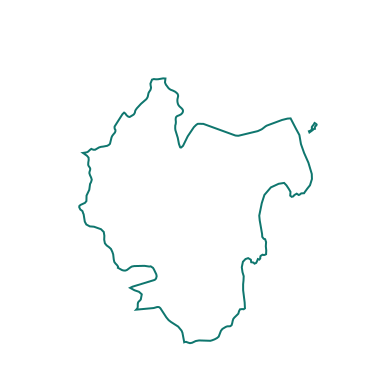 the Department of Piura, rotated 216°
{"feature_id": "PER-567", "entity_name": "Piura", "entity_type": "Department", "adm_level": 1, "iso_a3": "PER", "parent_name": "Peru", "parent_adm1": "", "projection": "mercator", "projection_center": [-80.245, -5.271], "detail": "fine", "context": "isolated", "style": "outline", "palette": "teal", "viewbox_px": 384, "rotation_deg": 216, "n_neighbors": 0, "source": "natural_earth", "source_scale": "10m", "svg_char_len": 3973}
<svg xmlns="http://www.w3.org/2000/svg" viewBox="0 0 384 384"><g transform="rotate(216 192 192)"><path d="M168.0,64.0L167.8,65.9L168.4,67.2L170.1,69.6L170.7,71.0L170.7,72.0L170.3,74.0L170.3,75.0L172.5,79.7L176.2,80.1L180.8,78.7L185.7,78.1L184.5,80.4L170.5,99.0L170.2,100.8L171.1,103.1L172.5,104.4L177.3,107.0L179.0,107.7L180.9,107.6L181.7,107.6L182.7,106.6L187.1,104.3L195.2,98.1L196.9,96.3L197.6,94.6L198.7,90.9L199.6,89.4L200.5,88.7L201.6,88.1L202.8,87.7L207.1,87.2L207.4,87.1L208.0,88.2L209.8,88.8L212.0,89.2L213.8,89.8L215.7,91.5L219.1,95.2L221.2,96.7L224.1,98.3L226.8,98.6L229.6,98.6L232.3,99.3L235.0,101.8L237.2,105.1L239.9,107.8L243.8,108.4L250.9,106.3L254.5,104.1L258.4,103.6L261.3,105.0L266.6,110.3L267.4,110.7L268.9,111.8L269.6,112.2L272.1,112.2L274.3,113.4L274.9,114.4L274.6,116.0L272.2,120.3L272.1,122.6L275.2,127.1L276.4,133.4L279.2,138.6L279.2,138.8L279.5,140.7L280.3,143.0L282.1,144.4L284.3,145.6L286.1,146.9L286.7,147.9L287.4,150.0L287.9,150.9L288.9,151.6L290.9,152.3L291.9,152.9L293.3,155.0L294.4,157.2L295.9,159.0L298.3,159.6L303.2,159.5L300.5,162.2L299.8,163.5L299.3,166.1L298.8,167.7L297.8,167.9L296.5,168.3L295.2,169.3L293.4,173.4L292.2,175.0L290.5,176.6L287.7,179.6L286.9,181.4L286.7,182.8L289.2,188.9L289.5,190.4L289.5,192.1L289.3,194.8L289.7,196.2L290.4,197.2L291.5,197.6L292.4,198.4L293.1,199.5L294.0,214.1L293.6,216.3L292.0,216.3L291.0,215.9L289.9,215.6L288.0,215.5L287.0,215.8L286.5,216.1L285.0,219.6L284.7,220.5L284.7,221.0L284.7,221.5L284.9,222.7L285.6,224.2L285.7,224.8L285.8,225.4L285.8,227.4L285.1,233.4L283.5,240.3L283.6,242.2L283.9,243.3L285.3,246.4L285.5,247.5L285.6,250.1L286.0,251.3L286.4,252.2L286.6,252.5L287.9,253.7L289.3,255.2L290.4,259.4L289.2,261.0L288.2,261.5L287.1,262.2L285.8,263.2L282.1,267.0L280.2,268.2L278.3,264.8L277.4,264.2L276.2,263.5L272.0,262.2L270.6,262.1L269.3,262.2L267.1,262.8L264.8,263.2L263.7,263.2L261.6,263.0L260.4,262.3L259.6,261.5L258.3,258.5L257.6,257.4L256.7,256.3L255.2,255.0L253.9,254.3L252.5,253.9L249.6,253.6L248.0,253.2L247.0,252.4L246.5,251.5L246.3,250.5L246.3,249.9L246.4,249.2L246.6,248.2L247.6,246.3L248.2,245.4L248.7,244.5L248.9,243.4L248.6,242.3L247.8,241.0L246.3,239.3L245.7,238.4L245.1,237.3L244.6,235.9L243.0,233.6L241.8,232.3L235.4,227.5L230.8,223.2L228.0,221.3L227.6,221.2L226.9,221.7L226.4,224.1L228.2,234.5L228.6,245.5L228.1,248.6L227.5,250.4L226.6,251.2L222.8,253.8L190.1,263.2L188.7,264.0L187.4,264.9L174.6,279.9L173.0,282.7L172.3,284.1L171.1,288.3L170.5,289.7L161.5,303.2L157.9,307.5L155.5,309.5L145.3,304.4L138.6,301.2L132.0,294.8L124.3,289.5L115.0,284.1L105.7,277.0L102.6,273.0L100.5,266.8L100.7,262.5L100.7,257.9L100.6,256.9L102.8,255.1L103.4,253.0L103.9,252.3L106.3,252.2L107.4,249.7L107.5,248.0L108.5,246.7L110.4,246.8L112.4,250.0L115.5,251.4L119.5,252.9L122.8,253.5L126.7,249.6L130.9,242.1L131.7,232.2L129.0,224.0L123.7,212.4L120.5,208.8L110.6,199.2L108.8,197.0L106.5,196.3L105.1,196.8L102.6,195.0L100.4,191.5L97.6,188.4L95.5,185.2L96.0,184.2L96.7,183.3L98.1,182.7L98.9,180.6L98.5,179.4L97.7,178.3L97.8,176.9L99.3,176.5L98.8,174.6L98.4,172.4L99.3,170.8L100.9,171.0L102.8,170.0L104.6,171.8L107.7,171.5L109.3,169.2L109.8,165.5L107.5,160.4L104.0,156.8L100.7,154.3L98.2,150.5L96.4,147.4L92.9,142.6L84.4,133.5L80.8,129.0L81.3,127.5L82.6,126.8L84.2,125.3L83.9,123.2L83.0,120.8L83.9,115.4L84.0,113.7L83.4,111.8L82.4,109.6L81.7,107.6L82.1,106.0L83.2,105.0L84.0,104.5L84.6,103.9L85.4,102.7L86.9,99.1L87.0,96.7L85.4,90.7L85.9,88.6L87.1,86.1L88.6,83.8L89.7,82.4L99.0,76.1L101.4,73.6L103.3,70.1L104.8,68.5L106.8,67.8L108.7,67.3L109.9,66.1L110.0,65.9L110.1,66.0L117.0,72.5L119.0,73.7L124.1,75.0L132.6,74.5L135.6,74.6L139.1,75.5L149.3,79.4L150.6,79.5L151.1,79.4L151.9,79.0L152.7,78.3L154.8,75.6L168.0,64.0L168.0,64.0ZM133.1,309.9L132.5,310.7L131.8,312.4L132.3,313.9L133.2,314.9L133.3,316.2L133.2,318.0L133.4,319.9L132.2,320.0L130.9,319.9L130.5,318.9L130.9,317.9L130.5,316.2L129.7,315.4L130.5,314.5L130.8,312.9L132.0,309.2L133.1,309.9Z" fill="none" stroke="#0f766e" stroke-width="2"/></g></svg>